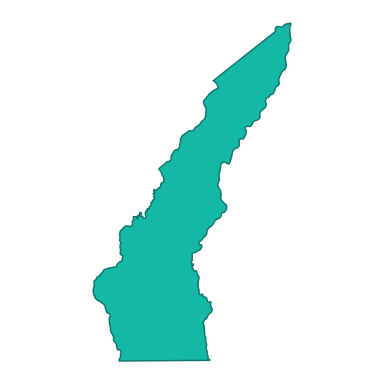 Moju, Pará, Brazil
{"feature_id": "56859067B36583280657778", "entity_name": "Moju", "entity_type": "district", "adm_level": 2, "iso_a3": "BRA", "parent_name": "Brazil", "parent_adm1": "Pará", "projection": "natural_earth1", "projection_center": [-48.984, -2.536], "detail": "fine", "context": "isolated", "style": "filled", "palette": "teal", "viewbox_px": 384, "rotation_deg": 0, "n_neighbors": 0, "source": "geoboundaries", "source_scale": "gbopen_adm2", "svg_char_len": 6048}
<svg xmlns="http://www.w3.org/2000/svg" viewBox="0 0 384 384"><path d="M213.2,80.8L214.8,81.6L216.6,83.8L217.5,85.4L218.3,87.9L217.9,88.4L213.8,90.3L209.9,93.3L203.7,101.0L203.5,102.3L203.7,103.4L204.1,104.6L206.0,108.0L206.1,108.6L205.9,114.9L205.5,116.5L204.8,118.3L204.2,119.3L201.1,122.2L199.9,124.2L197.0,126.5L195.4,127.2L194.1,129.9L193.2,130.8L192.0,131.1L190.1,130.6L189.3,130.7L185.9,133.2L184.6,133.9L184.1,134.5L182.5,135.4L180.6,138.9L180.3,139.7L180.3,140.4L180.6,141.6L180.5,142.4L179.7,144.7L179.8,145.5L179.2,147.7L177.9,149.5L176.8,149.8L175.5,149.9L174.9,150.1L174.4,150.6L173.5,152.3L172.1,154.4L171.3,156.0L171.1,157.5L171.4,159.5L171.1,160.0L169.9,160.4L169.1,161.6L166.9,161.7L166.1,162.9L164.6,163.9L162.9,165.5L162.3,165.7L160.4,167.5L159.1,168.5L159.3,169.8L160.8,171.5L161.8,173.6L162.1,175.0L164.0,178.1L164.0,178.7L163.5,180.5L163.9,182.1L163.2,182.5L161.9,182.6L161.2,183.4L160.7,184.5L160.6,186.2L160.2,187.0L157.5,189.0L157.0,189.7L156.2,190.4L155.2,190.2L154.2,189.5L153.5,190.6L153.7,191.2L154.1,191.8L155.1,192.2L155.2,192.8L154.6,193.3L153.4,193.4L153.3,194.3L153.9,194.8L154.3,195.3L154.4,196.1L153.6,196.7L154.3,197.8L154.1,199.2L153.0,200.1L152.7,200.7L152.7,201.5L152.3,201.9L151.6,202.0L151.1,202.4L151.1,204.2L150.8,204.8L150.9,206.1L149.2,206.7L149.4,208.0L149.3,208.6L149.0,209.1L147.7,208.7L147.2,208.8L147.4,211.1L147.0,211.7L146.1,211.0L145.7,212.1L145.3,212.6L145.2,213.9L146.0,216.9L145.9,217.5L144.3,218.4L143.8,218.4L142.3,216.3L141.0,216.5L140.6,215.9L141.4,213.7L141.4,213.1L140.6,212.6L139.9,212.5L139.8,213.1L139.5,213.8L139.9,215.3L139.3,215.9L138.2,215.3L137.7,215.9L138.0,217.0L138.0,217.6L138.0,218.4L137.7,219.0L136.9,218.7L137.1,217.5L137.0,216.7L133.4,216.7L133.4,220.3L132.4,221.4L132.2,222.5L132.6,223.6L132.5,224.1L131.3,226.5L126.9,226.0L126.1,226.0L125.0,226.4L122.9,228.4L122.1,229.4L121.0,230.3L120.3,231.2L119.9,232.5L119.5,235.2L119.8,235.7L120.1,236.8L119.6,240.5L120.6,241.7L120.9,242.6L120.3,244.4L120.0,246.2L120.0,247.4L120.3,248.2L120.5,250.6L120.3,251.6L120.3,253.9L120.7,254.5L122.4,255.6L122.9,256.3L122.3,258.9L122.1,260.5L120.8,261.5L119.0,262.3L117.3,264.4L116.7,265.4L116.6,266.1L116.1,266.7L114.1,267.3L112.5,267.3L111.5,267.8L110.5,267.7L108.9,268.1L104.2,269.6L103.6,270.4L102.9,271.7L100.0,275.0L97.9,276.9L96.8,277.3L96.3,279.0L95.7,279.7L94.4,280.6L94.1,281.4L94.2,284.7L94.0,286.7L93.1,290.7L93.5,293.2L95.3,298.2L97.4,300.1L99.5,301.2L104.0,304.4L104.9,305.9L105.5,308.4L106.6,311.8L107.6,313.0L110.3,314.1L110.2,315.4L109.2,318.9L109.5,323.1L110.4,327.5L110.7,331.2L113.6,336.8L113.5,339.9L114.5,341.9L115.8,343.1L116.1,343.6L117.2,348.9L117.6,349.6L119.0,349.7L120.3,350.4L121.2,351.8L121.1,352.4L120.4,354.7L120.7,356.2L120.3,357.4L119.4,359.0L119.2,361.0L197.4,360.4L209.7,360.4L209.8,359.5L208.4,359.3L207.8,357.1L208.0,356.0L207.8,355.3L207.0,354.5L206.9,353.9L207.3,351.8L206.6,350.1L206.3,348.9L206.2,347.3L206.6,345.1L206.3,343.0L205.5,341.9L205.3,341.2L205.8,339.9L205.7,337.1L204.9,336.1L204.7,335.4L204.7,333.5L204.4,330.4L204.2,329.7L204.4,327.7L204.0,327.2L204.0,326.6L204.1,325.4L203.0,322.9L203.1,322.2L203.7,321.7L204.6,319.9L206.7,318.0L207.1,317.4L208.6,314.4L209.0,313.9L210.4,313.0L211.6,311.6L212.2,310.3L212.1,308.9L210.6,305.6L210.6,303.4L210.9,302.0L210.4,301.7L209.8,302.1L209.3,302.2L208.3,302.1L207.8,301.8L207.3,300.6L207.0,299.3L206.3,297.7L205.8,297.4L203.5,296.7L202.6,294.4L202.1,294.2L201.1,294.7L200.6,294.7L199.4,294.1L199.1,293.4L199.0,291.9L199.1,290.9L198.6,288.6L198.3,288.0L198.1,285.1L198.4,280.4L199.0,278.2L198.9,276.9L198.3,275.6L196.9,273.7L196.7,273.1L196.8,271.8L196.7,271.2L194.9,270.7L194.3,270.9L193.7,270.7L193.5,270.2L193.2,268.8L191.8,267.2L193.3,265.1L193.4,264.4L193.0,264.0L191.9,264.4L191.4,263.6L191.5,262.6L191.3,262.0L192.3,260.2L192.4,259.4L192.1,258.0L192.4,256.8L192.1,255.2L192.2,253.9L192.5,253.4L193.4,252.7L195.4,252.3L196.5,251.8L197.5,251.0L199.5,250.1L200.8,249.0L201.2,247.7L201.8,246.8L201.9,246.2L201.8,245.7L201.5,245.1L200.3,244.9L199.8,244.6L198.8,243.1L198.8,242.6L199.0,242.0L199.9,241.2L201.4,240.4L203.2,237.8L205.8,235.4L206.6,233.9L206.9,232.6L206.9,231.3L207.1,230.6L207.6,229.4L207.9,228.9L209.2,227.5L211.6,226.0L213.5,223.4L214.5,221.4L215.6,220.0L217.0,219.1L218.6,218.6L219.5,218.1L220.4,217.3L220.9,216.2L221.3,214.4L221.9,212.9L222.4,212.6L223.5,212.4L224.9,211.8L226.2,209.7L226.6,208.5L226.7,207.1L226.1,204.7L225.5,204.5L222.8,201.8L221.5,200.3L220.9,199.2L220.8,198.1L221.0,194.5L220.7,191.8L220.0,189.9L218.7,187.8L217.7,185.1L217.9,184.0L219.4,179.3L219.4,178.0L219.1,176.9L219.0,175.5L219.4,173.0L220.3,169.1L220.6,165.8L220.9,164.5L221.4,163.4L221.9,162.8L224.3,162.1L225.8,162.5L227.5,163.8L228.6,163.9L229.1,163.7L230.1,161.7L231.6,156.8L232.0,154.2L232.6,151.9L233.5,150.0L235.0,148.6L236.7,148.2L238.1,147.2L238.8,146.3L239.3,145.1L239.4,144.3L239.1,142.4L239.1,141.2L239.6,139.4L241.0,138.7L242.7,139.0L243.3,138.9L243.8,138.4L244.6,136.7L245.7,134.6L246.0,133.3L246.2,131.2L246.1,130.6L245.1,129.1L245.0,128.5L245.2,127.4L245.6,126.9L247.7,126.2L249.9,126.5L250.4,126.2L251.3,125.7L253.0,122.4L253.7,121.5L254.8,120.7L257.7,119.9L259.2,118.7L259.8,117.6L260.0,116.5L259.8,114.6L259.8,113.8L260.4,111.9L261.0,110.9L261.8,110.1L264.4,108.4L265.2,107.3L266.1,105.6L266.4,103.8L265.4,101.6L265.4,100.9L266.4,98.1L266.7,97.7L267.9,97.5L268.9,96.9L269.9,95.5L270.9,94.7L272.4,94.2L273.5,93.2L274.0,91.5L274.7,90.4L275.2,89.2L275.2,88.5L275.6,87.7L276.3,86.8L278.7,84.9L279.2,83.5L279.1,82.4L278.6,79.6L280.0,75.5L280.9,74.4L281.9,71.7L282.9,70.7L284.7,69.5L285.3,68.5L286.2,66.1L286.4,65.3L285.3,59.4L285.2,57.3L286.0,54.8L287.4,52.9L288.3,51.0L288.7,49.7L288.5,45.4L289.0,43.4L290.0,42.4L290.9,40.0L290.6,38.9L290.9,38.5L289.9,35.3L290.1,34.8L289.8,32.7L289.8,27.3L289.9,26.6L290.7,24.9L290.8,23.6L290.3,23.0L289.3,23.7L288.5,24.0L288.0,23.7L287.4,23.7L286.9,24.0L285.8,24.2L285.2,24.4L282.2,27.0L281.2,27.1L279.7,26.8L279.2,26.9L277.9,26.4L276.8,26.8L276.0,27.3L275.2,28.9L275.5,31.4L213.2,80.8Z" fill="#14b8a6" stroke="#0f766e" stroke-width="1.5"/></svg>